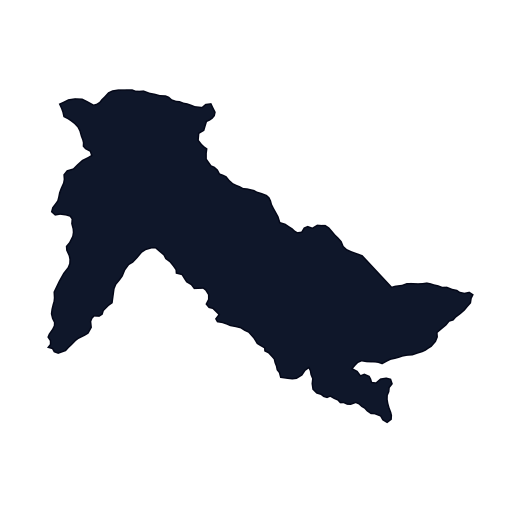 the district of Santo Anastácio, São Paulo, Brazil, rotated 86°
{"feature_id": "56859067B41662494017714", "entity_name": "Santo Anastácio", "entity_type": "district", "adm_level": 2, "iso_a3": "BRA", "parent_name": "Brazil", "parent_adm1": "São Paulo", "projection": "orthographic", "projection_center": [-51.711, -22.014], "detail": "fine", "context": "isolated", "style": "filled", "palette": "ink", "viewbox_px": 512, "rotation_deg": 86, "n_neighbors": 0, "source": "geoboundaries", "source_scale": "gbopen_adm2", "svg_char_len": 4210}
<svg xmlns="http://www.w3.org/2000/svg" viewBox="0 0 512 512"><g transform="rotate(86 256 256)"><path d="M90.8,441.2L95.3,439.5L98.9,438.5L103.5,437.8L105.9,433.8L108.1,431.0L111.1,427.6L114.9,424.5L119.0,422.8L124.4,421.7L127.9,420.6L130.9,420.1L134.4,420.5L137.0,418.5L139.9,413.9L144.3,412.8L146.2,416.5L148.6,422.4L152.5,427.4L156.5,432.0L157.9,438.4L161.6,441.8L166.2,441.8L169.8,442.7L175.0,445.5L179.2,447.4L183.7,448.6L187.2,449.8L190.2,452.3L193.6,455.3L197.6,456.7L201.0,453.4L200.5,448.5L201.7,442.6L203.2,438.6L206.2,436.7L210.9,437.4L216.2,436.4L219.7,436.4L223.6,437.3L229.7,440.9L233.2,444.3L237.0,444.3L242.6,442.2L246.3,441.7L250.7,442.2L254.6,444.1L259.9,448.9L267.5,453.9L277.9,459.8L283.7,459.9L287.3,460.5L290.2,461.6L294.9,463.1L299.4,464.0L304.1,463.2L308.2,461.5L311.6,461.9L315.0,463.9L319.6,467.6L322.4,469.0L326.1,466.9L329.9,467.1L332.6,469.6L334.1,465.4L337.4,463.9L339.1,460.1L337.0,452.6L334.1,449.6L331.5,446.4L327.6,442.0L325.8,439.3L323.0,432.5L321.2,429.0L315.7,425.4L309.7,425.6L306.6,424.1L304.4,421.7L305.0,416.7L303.3,413.6L299.7,412.2L294.9,406.7L292.6,402.9L287.3,401.8L278.7,400.0L274.4,397.9L270.1,393.8L266.6,390.9L260.7,388.0L255.6,383.7L253.5,379.5L249.2,374.8L244.2,370.0L241.8,365.7L240.5,359.7L240.8,355.5L244.1,352.2L248.5,347.7L252.3,346.1L255.8,342.0L260.1,339.0L264.1,336.6L267.5,336.6L269.3,331.0L273.7,328.7L276.9,326.9L280.0,322.4L284.0,319.8L284.3,310.8L286.5,308.4L291.2,305.9L296.0,306.2L300.5,308.9L304.0,306.4L305.2,302.6L311.8,296.8L315.9,300.4L318.8,299.0L319.9,294.2L321.8,289.7L323.5,286.5L324.9,281.1L326.5,276.1L329.3,272.4L331.4,268.5L337.5,263.8L340.3,262.3L343.3,260.8L345.3,258.0L348.2,253.7L351.3,253.7L353.4,250.1L357.5,246.8L360.0,244.9L363.8,244.3L367.2,243.2L371.0,242.7L373.9,240.7L378.7,239.8L380.2,232.7L381.0,228.3L380.8,224.2L377.9,218.6L373.4,215.1L370.9,211.0L374.2,209.7L378.1,209.3L382.3,207.9L387.3,208.8L392.9,208.4L396.9,204.9L398.5,200.7L400.8,198.2L402.0,195.0L400.9,191.7L403.5,187.8L405.3,184.3L408.1,182.1L408.3,178.6L410.1,175.3L410.5,172.0L409.0,166.7L410.7,163.4L413.4,160.9L415.3,158.1L418.2,155.8L421.1,152.2L421.5,148.6L424.2,142.8L428.3,140.8L431.1,136.8L428.3,132.6L424.5,132.1L421.4,132.6L416.8,134.0L412.3,134.9L408.2,135.3L404.1,134.9L400.6,133.1L396.5,132.4L393.0,129.2L388.4,130.4L387.0,134.6L387.5,140.3L391.1,145.1L390.3,149.6L386.9,150.3L384.0,151.6L381.6,156.2L382.9,160.2L378.2,163.2L375.1,168.2L371.5,164.6L369.2,162.0L367.8,158.0L369.0,153.0L369.5,148.4L369.8,144.8L370.5,141.4L372.1,137.7L369.8,132.7L368.3,129.0L367.7,124.7L366.9,120.6L365.9,116.9L365.4,112.4L365.4,106.9L364.0,101.7L362.9,96.9L361.7,93.7L359.9,90.7L358.3,87.6L353.7,83.0L349.4,80.9L344.9,80.9L341.6,76.4L338.0,71.4L334.4,68.0L333.5,63.9L330.9,61.3L327.5,56.1L324.4,52.0L321.1,48.9L317.7,45.4L313.2,44.4L309.8,42.4L307.2,45.8L307.9,50.7L306.5,55.5L304.4,58.1L303.1,62.7L300.6,67.9L300.4,72.5L298.5,76.6L297.3,80.7L296.0,83.9L295.0,87.5L295.3,91.6L295.2,96.3L294.5,102.5L294.2,107.4L295.6,112.2L295.8,116.0L296.0,119.3L296.8,122.9L263.2,150.1L258.5,160.7L256.0,165.3L252.6,168.5L247.7,170.1L243.9,173.0L240.6,176.0L237.1,178.5L233.1,181.5L230.5,184.9L230.3,188.6L229.7,192.7L232.3,197.8L230.3,202.4L231.5,205.9L235.5,208.7L235.8,213.2L233.9,215.9L231.4,218.2L229.3,221.1L226.4,224.8L224.4,230.0L221.4,230.7L218.4,231.4L214.5,233.2L209.6,235.5L205.7,237.1L202.0,237.8L198.8,239.1L196.4,241.4L194.2,246.1L192.4,250.9L190.6,253.6L189.6,256.9L188.6,260.1L187.9,264.4L185.8,267.6L184.3,270.8L182.3,274.3L178.8,277.7L174.9,280.4L173.1,283.6L171.7,286.8L167.6,288.6L164.6,291.5L163.0,294.7L159.2,297.0L155.9,299.0L150.1,298.6L145.7,297.7L143.7,300.2L141.0,302.7L136.6,305.7L129.6,304.6L127.0,299.4L121.7,297.4L118.3,296.1L117.1,292.9L115.5,290.2L113.1,287.9L109.7,286.9L104.7,289.0L101.1,290.4L101.4,295.6L104.2,299.4L102.9,306.7L101.1,310.4L99.5,314.2L98.6,317.8L96.8,321.5L96.2,325.2L94.4,329.4L91.6,332.1L90.1,335.1L89.4,340.9L87.7,345.7L86.3,351.0L83.7,356.7L83.7,360.6L83.3,364.8L81.8,367.9L81.5,372.4L81.2,376.9L80.9,382.0L81.4,387.6L83.0,391.7L86.8,395.7L89.4,398.8L91.8,400.9L93.6,404.1L94.3,407.5L90.2,413.9L87.5,418.5L86.7,425.5L87.2,432.1L89.4,437.4L90.8,441.2Z" fill="#0f172a" stroke="#020617" stroke-width="1.5"/></g></svg>